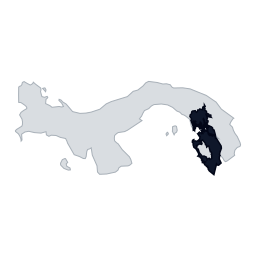 Chepigana, Darién, Panama (highlighted)
{"feature_id": "35544464B97743116241572", "entity_name": "Chepigana", "entity_type": "district", "adm_level": 2, "iso_a3": "PAN", "parent_name": "Panama", "parent_adm1": "Darién", "projection": "mercator", "projection_center": [-78.199, 8.103], "detail": "fine", "context": "in_parent", "style": "filled", "palette": "ink", "viewbox_px": 256, "rotation_deg": 0, "n_neighbors": 0, "source": "geoboundaries", "source_scale": "gbopen_adm2", "svg_char_len": 8770}
<svg xmlns="http://www.w3.org/2000/svg" viewBox="0 0 256 256"><path d="M233.8,118.2L233.0,118.7L230.9,121.8L229.7,124.4L232.5,127.2L233.3,130.1L234.9,133.3L237.3,136.6L240.0,142.5L240.6,144.9L239.9,146.5L237.3,147.4L234.9,150.2L234.2,153.6L234.7,155.3L227.4,160.8L225.6,161.7L224.3,160.8L222.8,158.1L220.9,155.9L219.9,155.1L219.4,155.1L218.8,155.6L218.5,156.8L219.5,161.9L218.7,164.0L216.2,165.6L213.4,173.9L212.3,172.8L203.0,161.6L195.0,147.8L193.3,141.5L195.4,141.1L197.4,141.2L198.5,140.3L199.7,138.4L198.7,134.2L202.6,131.0L204.1,128.8L205.2,129.0L207.7,132.7L211.4,134.9L216.0,138.0L218.8,138.7L215.3,135.4L209.1,131.2L207.4,128.4L205.7,124.5L203.3,126.1L202.2,127.6L201.0,128.4L199.9,127.4L199.7,126.1L196.1,125.9L195.1,124.8L194.2,124.1L194.6,126.5L195.3,128.0L194.9,129.9L193.7,130.0L192.7,128.1L191.4,126.4L189.7,119.3L185.6,116.0L183.7,114.9L182.1,114.5L179.8,112.2L176.8,111.0L172.7,107.4L167.6,104.9L161.4,104.0L153.9,104.6L151.4,106.0L149.6,107.7L148.8,108.6L144.4,110.6L142.7,113.6L141.6,116.1L139.4,118.9L142.0,120.6L127.5,130.2L124.6,131.6L118.1,132.6L116.6,133.6L114.6,135.5L114.3,138.4L114.6,140.8L116.5,142.7L118.2,143.9L122.2,149.6L129.4,156.8L130.8,159.5L131.9,163.3L129.7,165.2L128.0,165.9L121.2,166.2L118.9,167.8L117.9,170.2L115.4,172.1L106.6,174.0L99.6,174.3L97.5,172.0L97.0,165.8L92.3,155.1L91.2,147.8L90.1,148.7L87.6,149.5L86.8,151.4L86.1,156.8L85.2,158.6L83.3,158.5L79.4,156.5L74.2,154.7L67.6,143.2L66.9,141.1L65.6,138.5L60.4,137.4L56.1,135.5L51.3,135.2L48.9,136.3L46.4,134.9L46.0,131.7L41.0,133.1L34.5,132.6L28.8,131.3L24.9,132.0L21.6,134.2L22.0,140.0L21.1,141.1L20.9,138.8L19.8,136.1L18.4,133.8L15.5,131.5L15.4,130.7L16.5,129.5L21.8,126.2L22.4,124.8L22.5,121.8L22.0,119.1L19.6,114.9L21.0,112.4L23.7,110.4L26.5,108.8L26.9,108.1L26.4,106.7L24.8,105.2L21.0,102.6L18.7,102.4L18.6,95.1L18.7,87.2L19.3,86.4L20.7,86.0L21.8,84.8L22.4,82.4L24.1,81.6L27.1,83.4L30.2,85.0L31.4,84.5L32.4,83.7L33.1,82.9L33.3,82.2L35.7,84.3L40.7,88.0L41.0,89.8L40.5,91.6L41.9,96.6L44.5,97.3L47.1,96.4L47.8,97.3L47.3,98.2L46.0,99.3L45.6,103.6L49.9,105.6L52.0,107.3L59.1,106.5L61.8,107.0L63.5,106.5L61.6,103.0L58.9,100.4L59.1,99.3L61.1,100.1L62.7,101.9L66.2,104.1L72.6,111.6L80.0,113.4L85.8,113.1L91.2,112.1L99.9,109.2L106.2,103.9L111.2,101.6L127.4,96.6L133.2,91.3L135.6,90.7L137.9,90.0L143.0,86.0L145.7,82.9L148.6,81.4L157.2,82.5L162.8,84.0L166.6,83.8L170.3,84.8L171.9,87.1L173.6,88.0L182.7,87.8L190.1,88.9L206.4,95.5L216.1,102.1L221.3,109.1L233.8,118.2ZM70.4,169.9L68.3,170.1L63.9,168.4L60.8,165.2L60.5,164.1L60.6,163.1L62.3,159.7L64.6,158.6L65.5,158.6L67.7,162.4L66.2,163.9L66.8,166.3L70.0,168.0L70.4,169.9ZM174.9,133.2L174.1,134.8L172.3,131.1L172.6,130.2L172.5,126.8L174.2,126.0L175.5,125.9L176.5,126.4L177.2,130.3L176.6,132.1L174.9,133.2ZM46.0,89.9L45.6,91.7L42.6,88.4L44.4,87.9L45.0,88.0L46.0,89.9ZM168.4,133.9L166.7,135.7L166.0,134.0L167.2,132.3L167.7,132.3L168.4,133.9Z" fill="#d9dde1" stroke="#a8b0b8" stroke-width="1"/><path d="M202.6,156.6L199.3,152.7L198.2,149.1L197.3,149.1L196.6,147.2L197.0,146.2L195.7,145.3L196.5,145.7L199.6,143.9L201.6,144.4L202.0,143.5L201.5,143.0L201.7,142.1L200.6,141.7L201.1,141.1L200.3,141.1L200.0,140.9L199.8,140.4L199.8,140.9L199.6,140.9L199.5,140.6L199.4,140.6L199.4,141.1L199.4,141.3L199.1,141.1L199.1,140.8L199.1,140.6L199.0,140.9L198.9,141.0L198.7,140.9L198.5,140.5L196.5,141.4L195.2,140.9L194.0,141.2L193.6,140.8L193.8,139.6L193.3,139.7L192.5,140.6L192.3,142.2L193.4,143.6L193.1,144.7L193.9,147.3L196.1,148.9L198.4,152.8L198.9,154.4L198.0,156.0L199.0,155.8L199.1,156.7L200.1,156.8L200.3,157.6L201.9,158.8L201.5,160.9L201.7,159.9L202.1,160.1L202.1,159.8L202.1,159.7L202.8,159.6L202.1,159.9L202.9,160.3L202.2,161.6L202.4,162.6L202.9,162.6L202.8,162.3L203.0,161.8L202.9,162.3L203.7,162.0L203.8,162.1L203.7,162.3L203.8,162.4L204.2,162.1L204.3,162.1L204.8,162.4L204.9,162.1L205.1,161.8L205.6,161.9L205.7,162.0L205.5,162.6L205.5,162.0L205.1,161.8L204.8,162.4L203.8,162.4L203.7,162.3L203.7,162.0L203.0,162.5L204.4,163.5L204.6,164.7L205.9,165.3L206.5,166.5L207.7,166.2L207.7,167.6L208.5,167.8L208.2,169.1L209.3,170.9L213.9,174.6L216.5,163.9L217.3,165.0L218.6,165.2L221.1,163.0L219.3,159.1L219.4,156.8L220.1,155.4L219.5,154.5L219.8,152.7L221.4,148.2L221.1,146.0L216.2,138.1L215.5,138.3L215.3,136.7L213.9,135.4L211.3,134.5L209.7,134.6L210.5,134.7L213.3,136.4L210.0,135.0L209.3,136.1L209.5,135.0L208.5,134.4L207.7,131.9L206.5,130.4L205.4,130.8L205.7,130.7L206.0,131.1L205.5,131.0L205.4,130.8L205.8,130.2L204.5,129.8L205.1,130.5L204.9,130.9L205.0,131.0L204.9,131.1L204.9,130.8L205.0,130.5L204.4,130.1L204.3,127.9L203.9,127.5L202.6,130.0L202.9,130.5L203.1,131.0L202.3,130.5L202.5,131.9L201.9,132.4L202.6,132.5L202.5,133.2L203.0,133.5L203.5,134.0L202.2,133.3L202.2,132.9L202.1,133.0L201.8,132.5L201.8,133.2L201.1,133.1L201.5,133.5L201.3,133.7L199.6,132.1L198.8,132.6L199.3,133.1L198.9,134.3L198.1,133.7L197.7,133.8L199.2,136.1L200.1,136.5L199.6,139.3L198.1,140.5L198.6,140.5L198.8,140.9L199.1,140.5L199.3,141.2L199.3,140.6L199.5,140.5L199.7,140.8L199.7,140.5L199.9,140.4L200.5,141.1L202.7,140.0L205.2,143.1L205.5,144.7L206.4,145.0L206.7,147.1L208.3,145.8L208.8,146.0L210.3,151.8L211.3,152.1L211.7,153.4L211.2,154.2L211.7,155.1L211.7,158.4L209.8,159.5L209.3,158.3L208.1,158.6L207.0,159.9L206.4,157.1L203.9,156.0L202.6,156.6ZM190.3,114.7L189.9,116.5L191.4,118.6L191.5,119.7L190.9,120.2L193.2,126.5L193.3,130.3L194.1,130.0L194.6,130.6L194.7,129.0L195.4,128.4L195.3,127.7L194.4,127.6L194.5,125.5L194.1,125.1L194.5,125.0L194.0,123.6L192.8,122.9L193.5,123.0L193.1,122.3L193.8,122.5L194.0,121.7L193.8,121.3L193.7,121.5L193.2,121.4L193.8,121.3L193.3,120.6L193.9,121.1L194.1,121.6L194.0,122.1L194.1,121.8L195.4,121.6L194.9,121.3L194.8,120.4L195.5,121.6L195.4,121.7L194.6,122.0L194.2,121.9L194.1,122.1L194.2,123.1L194.3,122.6L194.6,122.3L194.9,122.3L194.5,123.3L195.0,124.3L195.2,127.3L196.7,126.2L196.5,125.6L196.0,126.1L195.7,125.7L195.6,126.3L195.4,126.1L195.6,125.1L196.0,124.4L196.0,124.0L196.3,124.3L195.8,125.7L196.3,125.2L196.9,125.8L197.2,125.3L196.9,124.5L196.4,124.3L196.1,123.7L197.3,124.8L197.5,125.9L197.9,125.6L197.7,126.4L198.3,126.7L198.8,125.6L198.7,125.6L198.1,125.1L198.4,125.0L198.0,124.7L199.0,125.5L199.5,124.9L198.5,123.8L199.5,124.6L199.7,124.1L199.7,124.9L200.3,124.8L199.2,126.1L200.6,126.7L201.1,124.1L200.0,123.3L200.5,122.5L200.1,122.2L200.7,122.6L200.0,121.7L199.9,121.5L201.4,123.1L201.0,123.4L201.6,124.6L200.9,125.6L201.3,125.4L201.6,126.9L201.3,127.4L201.0,126.7L200.7,127.1L199.8,126.7L199.3,127.8L200.0,129.0L201.0,128.5L200.5,128.1L201.2,128.4L202.3,127.7L202.2,125.6L202.3,126.3L203.4,125.1L206.1,127.8L206.0,126.6L205.0,125.1L205.2,124.3L204.9,124.3L204.6,124.2L204.3,124.0L204.3,123.8L204.1,122.3L204.5,122.3L204.1,121.7L203.5,120.2L203.9,119.7L203.6,119.6L203.2,118.9L203.4,118.7L203.6,119.6L203.9,119.7L203.8,119.4L203.8,119.0L204.1,119.1L203.9,119.1L204.0,119.4L203.8,120.1L203.6,120.1L204.8,122.1L204.7,122.9L205.9,123.8L206.2,123.2L206.4,123.5L206.3,124.5L205.6,124.2L205.2,124.6L205.3,125.4L206.0,126.0L206.3,125.4L206.2,125.4L205.9,125.4L205.7,125.2L206.3,125.4L206.4,125.8L206.0,126.1L206.4,126.3L206.6,126.6L206.7,126.1L207.0,126.2L206.6,125.8L207.3,126.1L206.6,126.7L206.1,126.3L206.6,127.1L206.9,127.2L206.9,126.9L207.1,126.9L207.0,127.5L207.4,127.2L208.0,127.4L207.5,126.9L207.5,126.4L207.5,126.2L208.1,126.5L207.5,126.6L208.0,127.4L208.2,126.9L208.4,127.4L208.8,127.2L208.4,127.5L208.8,128.1L208.3,127.5L207.2,127.5L207.7,128.0L207.7,129.0L207.1,128.0L207.2,127.9L207.3,127.9L207.5,128.0L207.5,127.8L206.6,127.4L206.5,127.9L208.6,133.2L213.7,134.8L215.5,136.5L215.8,138.1L215.3,134.6L214.0,130.0L212.9,129.6L212.5,127.8L211.5,126.9L207.3,125.0L207.0,122.5L207.7,122.6L208.1,121.0L206.7,120.1L207.4,118.1L206.3,115.1L208.6,116.8L210.8,117.2L210.5,116.9L211.0,116.2L210.7,115.0L209.3,115.2L208.6,114.0L206.8,113.5L206.4,111.2L204.7,110.1L205.0,108.7L203.4,107.6L204.0,106.6L204.8,107.0L205.2,106.4L204.4,105.0L204.4,106.3L202.8,107.1L202.6,109.7L199.7,109.0L198.8,110.1L197.8,110.0L197.5,111.5L196.4,112.3L195.3,110.7L192.4,111.1L191.7,111.9L191.5,113.9L190.3,114.7ZM204.8,123.6L204.6,124.2L205.4,124.0L205.4,123.8L204.8,123.6ZM203.3,126.4L203.2,127.2L203.7,127.4L203.7,126.9L203.3,126.4ZM209.8,134.8L209.4,134.6L209.0,134.5L209.8,134.8ZM203.8,126.4L203.6,126.8L203.9,126.8L203.8,126.4ZM207.3,128.2L207.3,127.9L207.2,128.0L207.3,128.2ZM204.5,122.8L204.2,122.6L204.4,122.8L204.5,122.8ZM193.5,122.8L193.7,122.6L193.5,122.8ZM193.8,123.0L193.6,123.1L193.8,123.3L193.8,123.0ZM201.4,130.4L201.2,130.5L201.3,130.6L201.4,130.4ZM200.7,123.2L200.9,123.1L200.7,123.0L200.7,123.2ZM194.0,122.3L193.9,122.4L194.0,122.6L194.0,122.3ZM200.8,122.9L200.6,122.9L200.6,123.1L200.8,122.9L200.9,123.1L200.8,122.9ZM202.4,128.7L202.2,128.6L202.2,128.8L202.4,128.7Z" fill="#0f172a" stroke="#020617" stroke-width="1.5"/></svg>